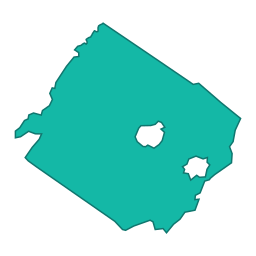 Augusta, Virginia, United States of America (Robinson projection)
{"feature_id": "52423323B12422495570897", "entity_name": "Augusta", "entity_type": "district", "adm_level": 2, "iso_a3": "USA", "parent_name": "United States of America", "parent_adm1": "Virginia", "projection": "robinson", "projection_center": [-79.152, 38.18], "detail": "fine", "context": "isolated", "style": "filled", "palette": "teal", "viewbox_px": 256, "rotation_deg": 0, "n_neighbors": 0, "source": "geoboundaries", "source_scale": "gbopen_adm2", "svg_char_len": 1618}
<svg xmlns="http://www.w3.org/2000/svg" viewBox="0 0 256 256"><path d="M28.3,160.9L37.0,167.2L114.8,221.3L122.5,229.5L125.6,230.3L133.8,226.0L150.1,220.2L153.0,221.8L155.2,229.5L163.1,228.6L166.5,232.8L173.6,224.2L180.0,219.2L184.9,212.2L195.0,210.2L199.0,199.2L194.9,199.6L195.4,195.3L200.1,192.9L204.7,181.1L209.4,179.7L210.3,178.3L214.8,174.5L231.5,162.8L232.1,153.6L229.5,146.7L233.1,141.6L235.2,130.2L240.6,118.5L220.6,102.3L198.7,83.3L193.2,84.4L173.7,71.1L146.8,52.8L103.1,23.2L102.8,23.6L101.0,24.5L100.2,24.8L98.6,25.9L98.0,27.9L98.1,30.4L97.8,31.5L96.5,31.8L94.8,30.9L94.4,30.8L92.5,33.6L92.0,34.8L91.8,35.1L91.3,35.8L90.7,37.0L89.3,37.4L88.6,37.7L86.4,39.2L86.2,39.4L86.3,39.6L86.3,40.2L86.9,41.1L87.0,41.5L87.1,42.0L87.0,43.2L86.2,44.1L85.4,43.7L85.0,43.3L84.6,43.1L84.0,43.2L83.6,43.6L82.5,44.1L81.9,44.7L81.2,45.3L77.7,46.3L74.6,49.9L78.7,52.6L78.8,56.5L74.0,57.1L66.5,66.3L55.9,82.5L54.8,88.4L52.2,87.9L49.8,93.4L52.4,99.5L49.4,105.7L42.5,110.5L41.2,115.1L33.5,113.0L28.8,115.0L28.1,118.9L24.5,120.5L19.8,127.7L15.4,131.1L15.4,137.8L20.6,136.7L28.6,131.3L35.3,133.8L41.6,133.9L39.2,139.3L32.2,147.4L25.2,157.6L28.3,160.9ZM137.2,141.7L135.1,136.8L138.7,128.2L140.9,125.7L150.7,125.5L155.2,124.3L158.3,121.2L161.5,122.4L164.8,127.3L161.0,129.1L164.5,132.3L162.2,140.6L159.2,144.5L154.0,148.2L147.8,145.1L145.6,146.7L143.0,146.5L137.2,141.7ZM182.5,166.7L186.9,164.1L188.8,159.0L196.0,156.1L203.1,158.9L207.4,157.5L207.1,162.2L209.8,164.9L207.0,169.3L205.4,176.9L199.5,177.3L196.7,175.3L190.7,180.1L188.3,173.7L183.5,172.9L184.6,169.4L182.5,166.7Z" fill="#14b8a6" stroke="#0f766e" stroke-width="1.5"/></svg>